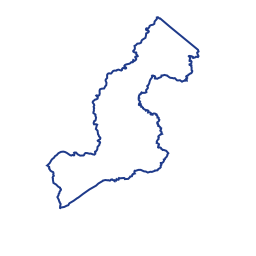 Nsanje, Nsanje, Malawi (orthographic projection), rotated 220°
{"feature_id": "42251766B55445306782248", "entity_name": "Nsanje", "entity_type": "district", "adm_level": 2, "iso_a3": "MWI", "parent_name": "Malawi", "parent_adm1": "Nsanje", "projection": "orthographic", "projection_center": [35.103, -16.718], "detail": "fine", "context": "isolated", "style": "outline", "palette": "blue", "viewbox_px": 256, "rotation_deg": 220, "n_neighbors": 0, "source": "geoboundaries", "source_scale": "gbopen_adm2", "svg_char_len": 5955}
<svg xmlns="http://www.w3.org/2000/svg" viewBox="0 0 256 256"><g transform="rotate(220 128 128)"><path d="M78.7,121.1L79.1,121.8L80.0,121.9L80.4,122.3L79.4,123.3L79.1,124.5L79.5,126.4L80.3,126.9L79.7,127.9L80.1,128.8L79.9,130.6L80.2,132.2L80.8,133.0L80.9,134.6L84.1,135.1L86.7,134.1L87.3,133.4L88.4,133.6L89.1,133.4L89.9,133.9L90.4,133.9L91.3,133.5L91.8,132.7L92.5,132.5L93.3,133.7L93.4,134.9L93.8,135.5L94.5,135.5L96.4,135.0L96.6,135.7L97.2,136.0L97.4,136.4L97.6,138.1L97.5,139.3L98.2,139.8L98.3,140.5L99.2,140.8L99.4,141.5L99.0,143.6L98.1,145.3L99.1,145.4L99.4,146.3L100.3,146.7L101.5,146.7L102.0,148.6L102.4,149.1L103.0,148.7L103.7,149.3L105.4,149.4L106.0,149.0L106.3,149.0L106.5,149.8L107.3,150.0L107.6,150.4L107.8,150.5L108.4,150.2L109.2,151.1L108.8,153.0L109.2,154.4L110.3,154.6L111.0,155.5L111.7,155.4L112.2,155.0L112.9,156.0L114.7,156.1L114.8,156.8L115.0,156.8L115.3,156.5L116.3,156.5L117.5,155.8L118.2,154.4L117.8,153.9L119.2,153.0L119.4,153.0L119.7,154.1L120.9,154.1L121.6,153.8L122.6,152.8L123.4,154.2L124.0,154.0L124.4,154.2L125.4,152.9L125.8,153.4L127.2,152.8L129.1,152.7L129.5,153.2L130.5,153.1L131.2,153.3L131.6,152.8L133.6,154.5L134.0,154.2L134.0,152.8L134.5,152.7L135.1,153.5L135.5,155.8L137.9,156.5L139.0,157.7L138.8,158.2L139.4,158.3L140.3,159.7L140.2,160.1L140.7,161.2L140.0,162.1L140.5,163.4L140.5,164.0L139.2,164.3L138.6,165.1L137.6,165.8L137.4,166.5L136.9,167.2L138.5,168.7L138.4,170.9L138.6,171.6L139.3,172.2L140.2,172.4L140.3,172.8L140.0,173.8L140.2,174.8L140.6,176.2L141.3,177.4L142.0,179.5L142.1,182.4L142.4,182.8L143.2,183.3L143.2,183.6L142.5,184.3L141.8,184.3L141.2,184.8L140.7,184.9L140.0,184.6L139.4,183.3L139.1,183.2L138.2,184.1L137.6,184.3L137.2,184.6L136.7,186.0L135.5,188.1L135.5,188.9L136.1,189.7L135.6,190.3L135.0,190.7L134.3,192.0L131.6,193.4L131.2,193.2L130.3,193.4L129.0,193.4L127.8,193.7L126.0,194.9L125.1,195.2L124.2,196.3L121.2,196.0L120.3,196.5L118.9,198.0L116.4,198.2L116.0,199.3L115.3,200.2L115.3,201.0L114.4,201.3L114.6,201.8L114.3,202.2L113.6,202.3L113.9,202.7L115.2,203.3L114.8,203.9L114.8,204.4L116.6,205.0L116.5,205.7L115.8,206.8L116.0,207.8L115.5,208.6L115.3,210.0L114.7,210.7L115.0,212.4L115.6,213.1L116.2,213.0L117.0,213.8L118.4,215.5L119.1,215.7L119.6,216.7L121.4,215.9L121.6,216.0L121.8,216.4L121.1,217.0L121.1,218.2L122.0,219.7L123.2,220.0L123.5,219.7L123.7,219.0L123.9,218.9L124.1,219.1L124.0,219.5L124.9,220.3L125.3,221.7L127.6,222.1L127.6,222.3L127.3,222.7L125.5,223.8L124.1,224.2L123.5,223.5L123.1,223.5L121.8,225.5L121.7,226.4L120.0,227.3L120.1,228.2L120.4,228.5L122.8,229.6L123.5,230.3L123.1,231.9L124.7,232.9L161.3,232.5L173.8,232.6L174.2,232.1L176.2,232.1L176.6,231.8L177.0,231.2L176.0,230.1L176.1,226.7L174.8,224.7L175.3,223.1L176.5,221.6L177.0,220.3L177.0,219.8L176.5,219.0L176.5,217.0L177.8,216.4L178.0,215.8L177.6,215.1L176.9,214.8L174.7,215.6L174.0,215.2L173.9,214.3L174.9,212.1L173.9,210.8L172.6,208.3L173.8,204.6L173.6,203.2L172.9,201.9L173.0,201.3L173.6,200.1L175.1,198.6L175.2,196.4L175.8,195.1L174.1,193.7L173.5,192.7L173.4,191.3L173.6,190.6L173.2,190.0L172.7,189.9L171.4,190.2L170.3,191.1L169.9,190.9L169.3,189.9L167.6,189.7L166.7,189.3L166.8,188.8L167.9,187.9L168.2,187.3L167.8,186.7L166.4,186.4L166.0,186.1L165.8,185.1L166.1,183.7L167.7,183.5L167.6,183.1L166.6,182.0L166.7,181.3L167.8,180.6L167.9,179.1L168.3,178.1L170.2,175.6L170.8,174.3L170.7,173.1L170.2,172.9L168.3,173.0L167.9,172.7L167.9,172.2L168.2,171.8L170.2,170.9L170.6,170.4L170.5,169.3L169.9,168.6L170.1,167.7L172.8,166.6L173.7,165.4L173.7,164.6L175.5,163.1L176.1,161.8L175.9,159.1L176.1,158.7L177.7,157.7L178.2,156.9L178.3,156.2L178.1,155.2L176.1,152.9L176.2,150.9L175.9,150.2L175.3,149.7L173.5,148.8L172.1,146.6L172.3,145.7L171.7,142.9L173.6,141.0L174.3,139.5L173.7,138.2L171.8,136.2L171.1,134.7L171.4,133.7L173.1,132.8L173.2,132.4L170.8,132.0L170.2,131.0L170.6,129.7L171.5,128.6L171.6,127.5L171.9,126.8L171.9,125.6L171.4,124.8L169.3,124.3L168.4,123.7L168.0,122.1L166.7,121.5L166.4,120.6L165.1,119.2L164.7,117.9L164.1,117.2L161.7,117.4L161.3,117.2L160.9,116.4L159.2,115.5L157.9,113.2L157.8,112.5L158.3,111.6L157.7,110.0L157.2,109.4L156.4,109.0L154.9,110.3L154.2,110.7L153.7,110.7L153.7,110.2L152.0,106.6L149.6,106.4L146.9,103.9L145.9,103.7L144.8,102.9L143.4,102.9L142.7,102.6L142.2,101.5L143.1,98.9L142.8,98.7L140.4,99.2L139.9,98.8L139.7,97.6L139.1,96.6L139.2,93.9L138.0,92.2L137.7,91.6L137.5,89.3L138.0,88.8L138.0,88.6L136.5,87.3L136.6,86.0L138.0,85.2L140.1,84.5L140.9,83.6L143.2,82.5L144.4,81.6L144.7,80.6L144.3,79.1L144.4,78.4L146.9,76.1L149.6,75.5L152.0,75.8L153.3,74.7L153.4,74.3L152.3,73.7L151.7,72.5L152.0,72.1L153.2,71.7L153.7,70.5L154.8,70.0L159.0,69.6L160.9,69.1L162.4,68.3L164.0,66.6L165.1,64.0L165.2,61.3L165.8,59.7L165.6,57.4L166.0,55.9L166.1,54.6L165.4,50.7L165.8,47.4L165.3,47.6L164.4,47.3L163.5,47.6L163.1,47.1L162.5,46.8L162.5,46.4L162.2,46.1L161.0,45.9L160.1,45.5L158.6,45.6L156.9,46.1L155.9,45.4L155.4,44.3L154.1,43.7L154.3,42.7L153.8,41.4L152.9,41.0L152.4,40.2L149.8,38.0L146.7,38.5L143.7,38.2L141.7,38.6L141.0,38.0L140.0,38.0L139.6,37.5L139.4,35.0L138.7,34.0L138.7,32.8L138.0,31.9L137.7,29.7L134.8,28.5L134.1,27.9L132.8,27.4L132.5,27.0L131.1,26.7L130.3,25.8L130.0,24.9L128.7,23.1L128.4,23.2L128.5,23.7L126.1,26.5L125.0,29.1L124.1,30.5L124.5,32.3L124.4,33.0L122.9,37.2L121.7,42.0L121.4,42.5L120.0,48.8L118.0,56.3L115.4,63.3L115.0,66.5L113.3,71.3L113.4,71.6L111.9,73.6L109.9,74.9L109.5,75.4L108.5,75.7L107.9,76.3L108.0,77.2L107.2,78.4L106.4,78.5L106.4,78.3L105.8,78.6L104.1,78.7L104.5,79.5L103.3,80.1L103.8,81.3L103.3,81.3L102.0,82.3L102.1,82.7L102.8,83.3L102.8,83.9L101.9,84.2L98.9,87.2L98.4,87.3L97.6,86.8L95.1,89.2L94.9,91.9L95.1,92.2L94.0,93.6L94.7,95.0L94.4,95.5L94.6,95.9L93.6,97.4L94.3,97.5L94.5,98.2L95.3,99.0L95.3,99.6L94.9,99.7L93.1,102.6L91.4,104.1L87.8,105.1L86.4,106.1L84.2,106.6L82.8,108.8L81.5,109.7L80.2,111.9L80.1,112.7L79.4,113.1L79.2,113.7L78.4,114.3L78.2,114.7L78.4,116.2L77.8,117.5L77.7,119.0L78.9,120.3L78.7,121.1Z" fill="none" stroke="#1e3a8a" stroke-width="2"/></g></svg>